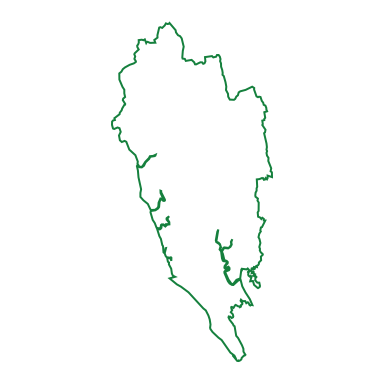 Maungdaw, Rakhine, Myanmar (Natural Earth projection)
{"feature_id": "60261553B63127450973926", "entity_name": "Maungdaw", "entity_type": "district", "adm_level": 2, "iso_a3": "MMR", "parent_name": "Myanmar", "parent_adm1": "Rakhine", "projection": "natural_earth1", "projection_center": [92.495, 20.966], "detail": "fine", "context": "isolated", "style": "outline", "palette": "green", "viewbox_px": 384, "rotation_deg": 0, "n_neighbors": 0, "source": "geoboundaries", "source_scale": "gbopen_adm2", "svg_char_len": 6028}
<svg xmlns="http://www.w3.org/2000/svg" viewBox="0 0 384 384"><path d="M252.2,86.7L245.6,89.9L240.3,91.3L238.7,92.4L237.9,95.3L236.3,96.6L235.2,98.9L234.0,99.8L229.8,99.6L228.2,96.7L228.0,93.8L226.0,90.0L226.3,86.6L225.5,82.2L223.8,76.1L222.5,74.8L222.7,72.9L222.2,69.9L221.1,66.7L221.0,63.4L220.1,61.1L220.5,59.1L219.8,56.6L218.6,55.0L217.0,55.0L216.1,56.7L213.3,57.4L212.0,56.1L205.0,57.1L205.4,61.4L204.5,63.3L203.2,63.8L202.2,62.4L200.3,62.3L196.1,64.4L195.0,64.3L194.2,62.3L191.6,59.9L185.8,60.9L184.8,58.9L182.6,58.6L182.3,57.5L182.8,50.9L183.7,46.7L181.7,38.4L180.1,36.2L178.0,35.2L176.0,32.4L175.6,30.2L169.5,23.0L168.9,23.8L167.5,24.0L165.9,23.4L164.7,25.5L162.2,27.9L160.3,27.2L159.2,27.6L157.4,35.3L157.5,37.6L154.3,40.0L155.3,42.7L150.1,42.9L147.5,41.8L146.8,41.9L146.2,43.0L144.8,39.4L143.5,40.2L141.8,39.7L138.7,40.1L138.8,42.6L138.1,44.5L137.2,45.6L137.3,46.9L138.7,49.5L134.8,53.2L134.3,54.2L135.2,56.5L134.4,58.9L135.9,61.3L135.8,62.0L133.8,63.4L129.7,64.8L125.0,67.4L122.8,69.2L121.4,71.7L119.3,73.4L119.4,79.6L122.5,86.9L124.3,89.7L124.3,93.4L125.1,97.0L123.2,98.6L122.8,100.1L125.2,103.9L125.1,104.6L124.5,104.6L122.2,108.5L121.6,110.4L119.8,112.7L119.6,114.2L114.4,118.2L114.9,120.0L113.0,120.5L112.1,121.6L112.0,124.9L113.0,128.5L114.2,129.0L117.5,127.5L119.5,128.2L120.7,131.9L119.0,135.5L119.9,140.3L121.8,142.0L124.6,140.9L126.3,141.8L129.3,149.6L135.4,155.2L137.8,161.6L137.5,163.7L139.1,166.3L140.4,166.9L142.3,166.5L145.3,161.8L148.9,158.1L149.9,156.2L153.1,155.9L155.7,154.7L155.4,155.6L154.7,156.1L150.3,156.8L149.1,159.0L145.6,162.3L144.0,165.7L141.8,167.4L139.3,167.2L137.8,165.5L137.3,165.4L136.9,166.1L137.9,170.4L138.5,177.3L141.1,189.3L140.4,192.9L140.4,196.9L143.4,200.3L147.8,203.9L150.7,210.0L155.1,209.8L157.4,208.1L158.3,206.6L158.6,202.7L160.4,198.5L161.8,198.6L163.8,200.1L160.6,193.1L160.5,190.7L161.2,191.0L161.2,192.3L164.9,199.6L164.9,200.5L164.3,200.9L163.3,200.9L161.8,199.4L160.4,199.8L159.5,202.2L159.1,207.0L158.1,208.5L155.4,210.3L151.5,210.9L150.7,211.4L150.5,212.3L152.7,219.9L154.8,223.1L156.5,227.6L158.5,228.3L160.5,228.0L161.0,225.0L161.7,224.4L163.5,224.4L165.4,225.9L165.9,224.2L169.0,224.0L168.9,222.5L166.7,219.7L166.5,218.9L166.7,218.1L169.1,216.3L167.3,218.9L169.3,222.1L169.4,224.4L167.3,224.7L165.3,226.5L163.0,224.8L162.3,224.8L161.7,225.4L161.4,227.9L160.6,228.9L159.8,229.4L157.2,229.2L159.4,236.2L160.9,238.9L162.3,245.1L163.0,246.1L163.5,252.3L163.9,252.7L164.4,252.1L165.2,250.5L165.6,248.2L166.0,248.1L164.7,253.3L165.6,255.9L166.6,257.2L169.6,257.7L170.9,257.3L171.4,257.8L171.3,260.9L170.6,258.5L168.3,258.0L167.2,258.2L167.9,261.7L169.0,262.5L168.9,264.4L171.2,268.7L171.9,273.6L172.9,275.7L175.1,276.8L169.6,278.4L176.9,284.4L181.0,286.7L188.5,292.3L203.3,308.4L205.8,310.4L208.4,315.5L209.7,319.4L210.5,324.5L210.1,327.7L210.4,329.0L212.6,332.1L218.5,337.7L221.6,340.0L230.4,352.6L234.4,355.6L235.6,358.0L235.2,358.1L233.2,355.4L233.0,355.8L237.2,360.9L238.3,361.0L238.6,360.5L239.4,360.8L240.6,360.1L241.4,359.2L241.7,357.9L243.9,355.6L244.6,355.6L245.4,354.8L243.5,351.7L243.4,348.8L242.0,345.3L238.1,338.0L236.2,335.8L234.6,326.3L233.5,325.5L233.1,324.3L229.7,319.9L228.5,317.4L228.7,316.7L229.3,317.1L229.7,316.6L230.4,316.7L231.7,318.0L233.0,317.3L233.3,316.3L232.8,314.3L230.8,312.2L232.2,310.1L231.5,309.0L231.2,307.2L231.8,306.9L233.5,307.9L235.1,305.3L235.7,304.9L238.3,306.4L239.5,306.4L239.9,307.2L240.9,306.6L240.9,305.2L242.2,304.3L242.4,303.2L240.6,300.8L241.0,299.7L242.5,301.1L245.2,301.1L246.3,303.2L247.6,302.3L248.4,302.6L249.6,305.1L250.3,305.5L251.1,304.9L252.4,305.1L249.8,299.1L245.5,292.5L242.3,286.4L240.6,279.8L238.4,280.4L233.3,285.0L231.9,284.9L229.6,283.5L227.9,281.2L224.4,272.9L224.4,271.6L225.6,270.3L228.5,269.7L229.0,268.4L225.4,268.8L224.4,267.8L224.6,266.1L227.1,262.6L225.8,261.4L223.6,261.2L222.8,260.7L222.0,258.4L221.1,251.4L219.6,249.5L220.6,246.2L219.3,244.1L216.3,242.1L215.8,240.3L217.3,231.8L218.3,229.5L216.3,241.7L218.5,242.6L220.0,244.2L221.0,247.4L220.2,249.6L221.4,250.7L222.8,249.3L223.4,247.8L224.3,247.4L228.1,247.9L229.6,247.2L231.3,244.5L230.9,241.9L232.3,239.2L231.3,242.1L231.7,244.6L230.4,246.9L228.2,248.4L224.7,248.1L223.8,248.5L221.9,251.6L222.9,253.9L224.4,260.1L226.7,260.9L227.8,262.1L227.6,263.5L226.0,265.1L224.9,267.4L225.3,268.1L228.5,266.7L229.5,268.2L229.5,269.4L229.0,270.2L225.0,271.8L228.5,279.6L231.7,284.1L233.3,283.8L236.5,279.8L240.2,278.4L241.3,269.9L241.9,270.1L242.0,268.8L246.6,269.4L247.7,268.5L249.5,270.5L249.2,271.5L248.2,271.5L247.9,272.1L248.4,272.8L248.2,274.8L248.6,275.7L249.8,276.6L250.4,276.0L251.7,276.3L250.2,281.3L252.9,281.0L254.1,284.9L257.5,287.8L258.0,288.1L259.6,287.1L260.0,286.0L259.3,282.7L257.4,282.7L255.2,280.3L255.4,278.2L256.4,277.0L255.5,276.0L254.6,276.4L253.4,275.6L254.9,274.2L253.7,273.6L253.7,272.8L252.1,273.1L252.9,271.9L251.5,271.8L251.1,271.2L251.7,268.4L252.2,268.3L252.5,269.4L253.3,269.7L254.7,268.8L253.6,267.9L253.9,267.0L255.1,267.3L255.6,266.6L256.9,267.0L256.7,265.8L258.1,265.2L258.9,263.9L258.9,262.5L261.1,260.3L260.9,256.6L262.8,254.7L262.6,253.9L260.8,252.4L259.8,250.4L260.0,248.9L259.3,247.0L260.4,243.0L259.5,239.1L258.5,237.2L259.3,233.7L260.8,231.4L260.3,230.5L260.9,227.5L262.0,227.1L265.3,220.5L263.8,220.4L263.8,218.9L262.3,217.8L261.3,219.0L260.1,217.5L258.1,216.7L257.7,212.4L258.6,210.9L258.7,202.5L257.5,200.6L257.9,198.6L255.5,196.7L255.3,195.4L255.6,192.6L256.6,190.7L256.6,188.3L257.2,186.8L256.8,179.4L259.4,179.1L262.1,178.0L262.7,178.5L263.4,178.3L264.0,179.8L265.3,179.4L265.8,178.1L267.0,179.3L267.6,178.1L267.6,175.6L272.0,177.1L271.9,172.3L270.6,171.3L271.2,168.3L268.3,161.0L268.5,157.9L267.0,155.6L266.5,152.9L267.1,151.1L266.5,149.7L266.9,147.1L266.5,143.5L264.1,133.2L265.0,132.3L265.5,129.8L262.3,125.0L262.8,124.1L262.3,120.6L264.3,120.1L264.3,118.9L265.2,117.8L264.3,112.2L267.1,111.3L266.4,109.6L266.3,107.9L265.4,105.6L263.7,104.8L263.2,102.7L261.8,100.9L260.5,97.0L259.0,96.7L258.0,97.2L256.5,96.4L254.1,89.6L254.2,88.0L252.2,86.7Z" fill="none" stroke="#15803d" stroke-width="2"/></svg>